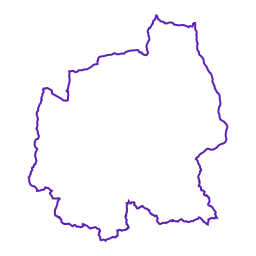 outline of Langkho, Shan, Myanmar
{"feature_id": "60261553B57199101523672", "entity_name": "Langkho", "entity_type": "district", "adm_level": 2, "iso_a3": "MMR", "parent_name": "Myanmar", "parent_adm1": "Shan", "projection": "albers", "projection_center": [98.032, 20.27], "detail": "fine", "context": "isolated", "style": "outline", "palette": "violet", "viewbox_px": 256, "rotation_deg": 0, "n_neighbors": 0, "source": "geoboundaries", "source_scale": "gbopen_adm2", "svg_char_len": 5786}
<svg xmlns="http://www.w3.org/2000/svg" viewBox="0 0 256 256"><path d="M100.7,240.2L103.0,239.7L104.2,239.7L105.5,240.6L105.6,240.1L108.0,239.0L109.7,238.6L113.0,236.8L113.9,237.4L115.6,237.3L115.8,236.5L117.5,236.0L117.7,234.7L117.5,232.4L117.7,231.2L117.3,230.6L118.5,230.5L118.9,229.8L120.7,229.9L121.6,230.7L122.1,230.3L123.4,230.3L124.3,229.9L125.3,230.0L126.6,228.9L127.4,229.0L127.6,228.0L128.7,227.6L128.2,226.6L128.0,225.4L126.5,224.2L126.8,223.4L126.1,222.0L126.8,220.1L125.5,217.7L125.4,216.2L126.3,215.9L126.0,214.3L127.0,211.9L126.7,211.4L127.2,209.2L126.8,208.3L126.7,206.0L127.6,204.1L126.7,203.2L128.1,202.7L128.9,201.9L128.9,201.5L130.1,203.2L131.1,203.4L131.8,202.3L134.2,202.4L134.6,203.0L134.2,205.0L135.6,205.6L136.9,208.4L138.8,208.2L139.1,207.5L140.3,207.2L141.9,206.0L142.6,206.0L142.7,206.6L145.5,208.6L147.1,208.7L148.5,210.3L149.3,210.2L149.5,212.1L150.8,213.8L151.6,213.8L152.1,214.8L153.6,215.0L154.3,215.8L155.0,216.2L156.2,215.5L156.7,215.8L156.8,216.8L157.8,218.3L156.9,220.7L157.4,221.7L158.7,222.9L159.2,223.8L159.8,224.0L161.2,223.8L161.8,223.2L162.9,222.9L163.6,223.0L165.7,222.5L166.2,223.1L167.1,222.4L168.0,222.1L170.9,220.4L172.2,221.3L172.4,221.2L172.7,220.1L173.2,220.2L173.6,220.8L174.3,221.1L177.2,221.2L177.8,221.7L178.4,221.0L181.1,219.2L182.3,219.6L183.5,221.1L184.9,221.6L186.2,221.2L188.3,222.2L191.2,221.1L193.2,221.1L194.2,220.2L198.3,218.6L198.8,217.4L200.2,217.8L203.5,221.2L203.5,221.8L205.9,223.0L206.7,224.1L207.8,224.5L207.8,223.2L208.6,220.7L208.4,219.4L210.0,218.9L211.3,217.8L214.5,218.5L215.2,217.4L216.8,217.8L215.0,213.9L215.7,212.9L215.7,212.1L213.2,208.9L212.6,207.5L210.5,205.9L209.5,205.9L208.1,204.9L208.3,203.5L209.5,201.8L209.1,197.8L208.1,197.3L207.4,195.8L206.7,195.8L206.3,195.2L205.6,195.6L203.9,194.5L203.9,193.3L204.5,192.7L204.6,191.7L202.9,190.4L201.6,190.4L201.0,189.8L201.0,187.5L199.7,186.1L198.7,186.1L198.7,185.6L199.2,185.0L199.7,182.9L199.3,182.2L199.6,181.7L199.0,181.0L199.3,180.2L199.1,179.0L198.3,178.0L198.3,176.3L199.7,173.6L200.2,171.0L201.1,170.5L201.1,169.4L200.1,168.0L199.9,165.9L198.0,162.9L197.6,160.6L195.8,159.0L196.4,157.9L198.2,156.8L198.6,155.9L200.5,153.9L203.6,152.1L206.0,149.6L207.9,148.7L211.3,149.7L212.4,149.7L214.2,149.1L216.9,147.5L218.0,145.9L219.3,145.0L220.7,144.2L223.8,143.3L225.4,142.0L226.5,139.5L225.7,136.3L225.7,133.9L226.1,132.1L226.1,130.9L227.2,127.9L227.3,126.2L226.7,124.8L224.3,121.9L220.5,119.6L219.9,118.7L219.3,114.3L218.6,112.9L218.4,111.4L219.0,107.1L220.2,105.4L220.4,104.4L220.4,101.7L219.8,99.7L219.7,96.7L219.2,94.3L217.3,92.6L214.7,88.1L214.7,86.4L213.8,84.9L213.3,83.1L212.4,81.8L212.3,81.1L212.8,79.8L211.4,74.5L210.6,73.1L209.8,72.7L208.3,70.7L206.6,66.8L204.1,63.5L203.8,62.5L203.7,60.6L203.2,58.6L201.4,56.4L199.4,54.8L199.0,53.8L198.9,52.1L197.3,49.6L197.2,45.0L197.8,43.6L197.0,42.4L196.4,39.2L196.8,37.2L196.2,35.0L196.7,33.6L196.6,31.8L196.1,30.5L195.4,29.6L195.2,28.6L195.2,23.1L194.0,23.0L193.6,23.7L193.1,23.8L193.0,25.1L192.4,26.6L189.8,26.0L188.7,27.2L185.7,25.7L183.4,25.1L181.7,24.9L179.7,25.4L175.6,24.9L173.7,24.3L173.3,23.3L172.5,22.8L170.5,22.4L168.4,22.7L167.2,23.4L165.2,23.4L165.0,22.8L164.0,22.7L163.3,21.7L161.0,21.5L160.1,20.9L159.7,20.1L157.9,19.0L157.3,16.3L156.3,15.4L154.9,19.7L153.5,20.6L152.9,21.9L153.0,23.5L152.5,23.6L149.9,28.2L149.1,28.0L147.7,30.8L147.7,31.9L148.4,33.1L148.3,35.1L149.2,37.6L149.3,40.0L148.2,41.5L146.5,45.6L146.5,47.1L147.1,48.8L146.9,50.2L147.7,51.4L148.1,52.8L146.5,55.2L144.1,54.8L142.4,54.0L142.3,53.1L141.6,52.6L140.7,52.3L140.1,52.6L139.0,51.9L138.4,50.3L137.7,50.1L130.3,50.6L125.7,51.9L124.2,53.6L120.9,53.6L118.9,54.3L116.6,54.2L115.1,53.3L114.0,53.2L112.9,54.1L111.4,54.7L107.8,55.0L103.4,56.2L99.8,56.7L99.0,57.2L98.1,59.0L98.1,60.2L97.5,61.0L97.5,64.0L95.1,64.4L93.1,65.1L92.0,66.4L87.1,69.2L86.0,69.5L84.7,69.3L83.7,69.5L82.8,70.2L78.6,70.3L77.9,71.2L76.2,72.1L75.0,72.1L73.4,70.9L71.1,71.1L70.6,71.4L69.3,71.2L69.5,74.8L69.1,76.1L69.6,78.2L69.6,81.7L68.2,86.9L68.0,88.8L66.6,90.8L67.0,91.4L68.2,91.5L67.9,92.7L68.4,95.0L67.9,97.1L67.9,100.2L66.5,100.7L63.3,100.4L61.1,98.6L52.2,93.6L51.8,92.8L52.1,91.1L51.6,90.5L48.5,88.5L47.0,88.0L46.2,88.1L45.5,88.6L43.7,88.5L42.9,89.8L43.7,91.2L43.4,92.5L42.4,94.1L42.3,95.9L41.2,98.1L41.9,99.8L41.3,100.2L40.7,103.1L39.7,104.3L38.7,106.9L38.1,108.6L38.2,110.7L37.3,111.4L36.9,112.3L36.7,115.2L37.2,116.1L38.0,119.3L37.2,121.8L37.5,125.6L36.4,128.8L36.9,129.3L37.9,132.1L37.8,133.1L38.9,136.0L38.6,137.6L37.8,138.9L36.3,139.2L35.6,139.9L34.9,141.6L34.5,144.8L35.3,147.1L37.1,148.7L37.2,149.3L36.1,151.2L35.2,154.0L35.2,156.1L36.5,161.2L35.9,162.0L35.5,164.0L34.7,164.0L34.2,165.3L33.7,165.6L33.5,167.0L32.6,167.3L32.0,168.0L32.3,170.2L30.8,171.9L30.8,174.0L30.1,174.9L29.6,176.4L28.7,177.3L29.0,177.7L29.4,182.3L29.9,182.9L30.5,184.7L32.4,186.0L34.4,186.4L35.8,187.6L37.0,189.5L37.0,190.9L37.8,190.6L38.7,190.8L40.1,190.6L41.9,189.8L44.3,189.5L45.2,187.6L45.9,187.3L47.0,188.0L48.2,188.1L49.5,189.0L50.8,190.7L51.8,190.8L49.9,193.2L50.7,194.9L51.9,196.1L52.7,198.4L57.2,198.6L58.2,198.2L59.5,198.5L59.7,198.8L58.9,200.0L57.6,201.6L57.3,204.2L55.9,208.2L55.0,209.7L54.8,211.8L55.0,212.8L54.9,214.7L55.4,215.6L56.8,215.9L57.5,217.0L58.4,216.8L59.7,217.4L59.4,217.9L59.5,218.4L60.7,218.9L61.5,219.9L61.3,221.1L61.6,222.1L62.8,223.2L63.3,223.2L63.9,223.8L64.7,223.8L64.7,224.0L67.5,224.0L68.5,223.5L69.3,224.2L69.9,224.2L72.3,226.2L73.0,226.1L74.3,224.9L74.9,224.8L76.8,226.7L78.6,226.6L80.4,227.1L82.5,226.7L83.0,226.1L83.1,225.2L82.7,224.3L83.0,223.9L84.1,224.5L84.5,225.2L85.7,225.2L87.4,226.0L88.6,227.4L90.6,228.6L91.5,227.9L93.6,227.7L95.1,227.1L95.8,227.2L97.0,228.6L99.1,229.0L100.0,230.5L100.1,231.0L99.0,232.1L99.4,233.3L98.5,234.7L100.0,236.8L100.3,237.7L100.1,238.6L100.7,240.2Z" fill="none" stroke="#5b21b6" stroke-width="2"/></svg>